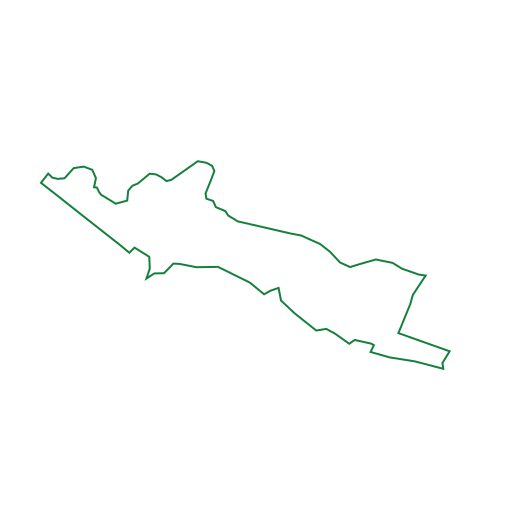 outline of Vlahita, Harghita, Romania, rotated 305°
{"feature_id": "2599482B79706795726804", "entity_name": "Vlahita", "entity_type": "district", "adm_level": 2, "iso_a3": "ROU", "parent_name": "Romania", "parent_adm1": "Harghita", "projection": "natural_earth1", "projection_center": [25.507, 46.304], "detail": "fine", "context": "isolated", "style": "outline", "palette": "green", "viewbox_px": 512, "rotation_deg": 305, "n_neighbors": 0, "source": "geoboundaries", "source_scale": "gbopen_adm2", "svg_char_len": 1300}
<svg xmlns="http://www.w3.org/2000/svg" viewBox="0 0 512 512"><g transform="rotate(305 256 256)"><path d="M218.4,111.1L217.6,98.0L217.3,94.0L218.5,90.5L220.8,86.5L219.4,83.9L228.0,80.2L232.7,72.4L230.4,63.6L226.9,59.9L223.3,56.2L209.9,54.6L205.4,49.3L203.4,44.3L204.3,38.5L192.6,37.9L192.1,47.6L191.6,57.3L189.5,93.0L187.0,138.4L186.0,150.4L193.2,151.7L193.6,159.0L194.1,169.0L191.6,171.0L184.7,176.2L174.7,179.2L183.4,182.7L189.1,190.5L202.4,192.7L205.7,198.0L212.7,213.7L225.3,231.1L230.7,266.2L229.3,284.6L236.1,287.9L242.8,292.8L233.9,302.0L231.2,320.4L229.5,348.1L236.6,355.4L237.7,365.0L237.6,382.7L243.8,385.0L250.3,400.6L250.6,403.7L243.1,404.9L249.6,423.6L260.9,446.8L271.0,474.1L275.3,470.1L283.6,469.6L289.0,469.2L274.5,416.9L304.9,410.0L314.1,406.8L337.3,406.2L334.2,400.1L329.4,383.2L328.7,371.8L321.9,356.2L309.1,345.8L300.9,339.4L298.9,328.6L301.9,314.2L302.6,301.6L300.6,291.4L298.7,281.2L294.2,271.3L276.2,226.8L273.9,221.3L273.2,210.0L274.2,207.6L275.2,205.2L273.0,195.1L276.5,189.3L274.5,182.5L278.3,178.8L293.5,175.3L297.6,174.2L301.8,173.1L304.7,168.3L303.9,161.8L300.2,153.9L295.1,152.1L278.7,146.2L269.7,142.9L266.0,139.6L266.3,133.3L265.5,127.3L262.4,121.7L247.5,117.6L242.7,114.5L236.4,113.8L227.5,118.7L218.4,111.1Z" fill="none" stroke="#15803d" stroke-width="2"/></g></svg>